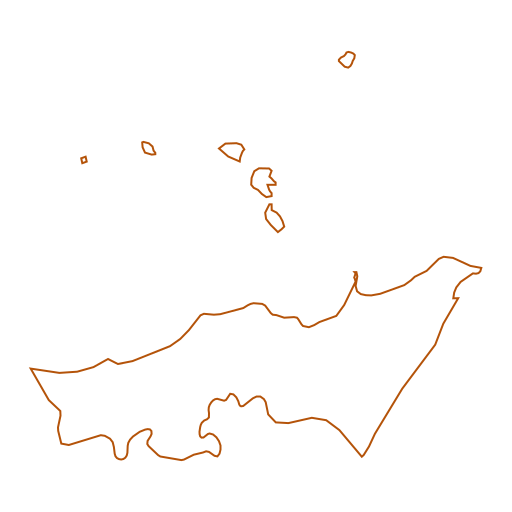 the border of Messina
{"feature_id": "ITA-5411", "entity_name": "Messina", "entity_type": "Province", "adm_level": 1, "iso_a3": "ITA", "parent_name": "Italy", "parent_adm1": "", "projection": "equal_earth", "projection_center": [14.885, 38.306], "detail": "fine", "context": "isolated", "style": "outline", "palette": "amber", "viewbox_px": 512, "rotation_deg": 0, "n_neighbors": 0, "source": "natural_earth", "source_scale": "10m", "svg_char_len": 3039}
<svg xmlns="http://www.w3.org/2000/svg" viewBox="0 0 512 512"><path d="M30.7,368.6L59.4,372.9L77.2,371.7L93.5,367.1L108.0,359.0L117.9,364.0L132.5,361.1L170.1,346.1L180.3,338.9L188.9,330.1L200.5,315.3L203.9,313.8L213.9,314.7L220.2,314.2L243.4,308.0L247.7,305.3L250.6,303.9L253.6,303.2L262.2,303.9L265.2,305.6L270.7,313.0L272.7,314.7L276.4,315.1L284.2,317.7L294.0,317.1L297.0,317.7L298.2,319.1L301.4,324.2L303.0,326.0L308.9,327.2L314.2,325.1L319.5,322.0L336.3,315.9L344.2,305.0L355.6,281.6L354.7,278.5L354.2,277.6L354.5,276.7L355.6,273.4L354.5,272.1L356.4,272.1L357.3,276.3L355.6,286.0L357.1,291.3L360.8,294.1L365.9,295.2L371.3,295.4L380.2,293.8L404.3,285.1L411.0,280.3L414.7,276.8L426.6,270.9L438.8,258.9L443.6,256.8L453.0,257.9L470.4,265.9L481.3,267.9L480.3,271.3L478.5,273.1L476.0,273.7L472.9,273.4L460.6,281.9L456.3,287.4L454.2,292.5L453.3,298.3L458.2,298.2L443.3,323.7L435.2,344.7L402.3,388.6L374.9,433.8L369.0,446.5L363.7,455.0L361.8,456.7L339.4,430.1L326.2,420.2L311.8,417.8L288.4,423.1L275.8,422.4L268.2,414.4L265.7,402.2L263.9,399.1L260.3,396.5L256.6,396.5L252.9,398.3L243.2,406.0L241.1,406.3L239.9,405.6L239.2,404.3L238.3,401.2L236.3,397.3L233.4,394.4L230.2,393.8L226.1,399.9L224.1,400.7L217.2,398.8L215.1,399.2L213.1,400.4L211.3,402.3L209.7,404.8L208.8,407.3L208.6,410.1L209.0,413.2L208.9,417.5L207.0,419.3L204.2,420.5L201.8,422.8L200.8,424.8L200.2,427.0L199.5,431.7L199.6,434.2L200.2,436.4L201.5,437.6L203.5,437.5L207.9,434.0L209.6,433.5L213.1,434.5L216.4,437.3L219.0,441.2L220.5,445.5L220.5,449.6L219.5,453.7L217.4,456.4L214.5,455.8L209.0,451.9L206.1,451.3L203.0,452.5L193.8,454.7L183.9,459.6L181.4,460.1L160.3,456.5L158.1,455.1L148.6,446.1L147.3,444.0L147.6,440.9L150.5,436.4L151.6,433.9L151.4,431.0L149.9,429.4L147.6,429.1L145.1,429.6L139.7,431.8L133.0,436.5L130.1,439.6L128.3,442.8L127.7,445.8L127.4,452.8L126.7,455.6L125.3,457.7L123.4,459.0L121.2,459.5L119.0,459.1L117.0,458.1L115.5,456.3L114.7,453.7L113.9,447.1L112.7,442.2L110.0,438.7L104.8,435.8L100.8,435.2L68.8,445.0L61.3,443.6L58.2,430.9L58.0,427.4L60.5,415.7L60.3,411.0L48.8,400.1L30.7,368.6ZM253.7,187.8L251.2,184.7L251.6,177.9L254.3,171.2L259.0,168.3L269.1,168.5L271.6,170.8L269.4,176.6L271.4,178.3L274.0,181.3L275.6,182.4L275.6,184.8L267.5,184.8L269.1,189.6L270.1,191.4L271.6,193.1L271.6,196.1L266.3,197.1L261.9,194.0L258.0,189.9L253.7,187.8ZM240.2,157.6L239.7,161.5L228.2,156.5L219.0,148.5L225.4,143.6L236.5,143.2L241.3,144.7L244.3,149.4L242.8,151.1L241.9,153.0L240.2,157.6ZM271.6,204.3L271.7,210.1L276.6,212.6L280.0,216.4L282.5,221.1L284.2,226.6L281.5,229.3L277.9,232.1L270.8,225.0L266.1,219.0L265.2,212.7L269.4,204.3L271.6,204.3ZM351.3,52.6L353.4,53.6L354.8,55.1L354.3,58.3L352.7,61.0L351.9,63.5L350.4,66.0L348.2,67.6L344.7,66.7L338.9,61.1L338.9,59.7L341.0,57.5L343.9,56.1L345.5,54.4L346.5,52.5L348.5,51.9L351.3,52.6ZM152.5,146.5L153.6,150.7L155.3,152.8L155.3,154.2L151.7,154.6L145.0,152.6L142.6,147.3L142.2,142.4L143.4,141.9L148.8,143.3L152.5,146.5ZM82.3,163.2L81.2,158.3L85.6,156.7L86.7,161.6L82.3,163.2Z" fill="none" stroke="#b45309" stroke-width="2"/></svg>